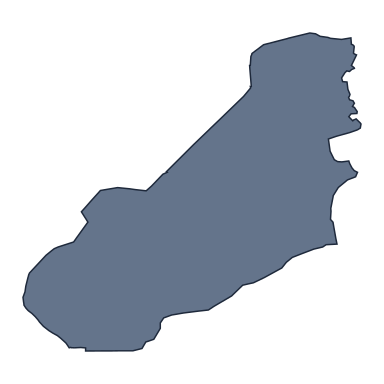 Fuamah, Bong, Liberia
{"feature_id": "62588387B99058243343156", "entity_name": "Fuamah", "entity_type": "district", "adm_level": 2, "iso_a3": "LBR", "parent_name": "Liberia", "parent_adm1": "Bong", "projection": "orthographic", "projection_center": [-10.257, 6.963], "detail": "fine", "context": "isolated", "style": "filled", "palette": "slate", "viewbox_px": 384, "rotation_deg": 0, "n_neighbors": 0, "source": "geoboundaries", "source_scale": "gbopen_adm2", "svg_char_len": 2763}
<svg xmlns="http://www.w3.org/2000/svg" viewBox="0 0 384 384"><path d="M249.6,65.4L249.9,69.4L251.3,86.5L250.9,86.7L250.4,86.6L250.5,86.9L250.5,88.1L243.6,96.4L219.2,120.0L210.6,128.2L209.0,129.8L193.7,144.5L169.5,168.6L166.4,171.7L167.2,172.3L162.9,174.2L151.5,186.1L146.2,190.8L145.0,190.7L135.3,189.6L129.6,188.8L117.6,187.6L106.2,189.5L100.4,190.5L99.8,191.2L95.2,196.3L90.5,201.5L89.3,202.9L86.5,206.1L82.0,211.1L81.4,211.8L84.8,217.2L85.4,218.1L87.9,222.1L76.3,238.2L75.9,238.8L73.7,241.9L73.6,242.0L58.1,247.0L54.2,248.7L51.5,250.8L46.0,255.3L29.5,273.0L28.7,274.8L28.5,275.6L28.3,276.5L28.0,277.4L25.8,286.2L25.0,291.8L23.0,297.3L23.6,302.2L23.8,303.2L24.0,305.2L26.0,308.2L28.1,310.5L29.2,311.4L31.9,313.4L35.3,316.7L37.1,318.8L38.1,320.0L39.5,322.0L43.4,326.3L48.9,330.6L53.0,333.2L57.4,335.6L60.4,338.0L64.4,341.6L66.0,343.1L67.2,344.8L69.2,347.8L70.8,347.4L71.3,347.7L74.6,347.8L80.9,347.5L81.8,347.6L85.6,347.9L85.6,351.0L104.0,350.9L111.4,350.9L118.9,350.8L132.4,350.8L132.9,350.8L142.0,348.5L145.8,342.0L149.2,340.9L149.7,340.7L153.8,339.3L160.0,328.9L160.3,328.3L160.3,327.5L160.3,322.9L160.9,322.1L163.7,317.9L167.3,316.6L171.7,315.0L175.9,314.3L183.4,313.0L198.5,311.1L202.2,310.7L208.4,310.0L212.8,307.1L213.2,306.8L214.5,306.0L231.7,295.9L233.3,294.3L242.7,285.2L248.3,283.9L253.4,282.8L255.5,281.8L264.4,277.5L278.3,269.9L281.8,268.0L286.3,262.3L288.3,260.7L292.3,257.4L301.5,253.8L307.8,251.4L309.4,250.8L313.8,249.1L322.7,247.0L326.1,244.7L337.0,244.1L335.8,238.3L335.6,237.1L333.9,227.5L333.0,222.2L330.5,219.4L331.0,211.2L330.8,208.4L333.0,197.2L333.1,196.7L333.2,195.7L338.3,187.5L341.2,185.1L347.5,179.9L355.6,176.8L357.5,172.3L354.2,170.6L351.9,167.8L349.7,163.6L348.8,161.0L341.8,161.9L337.6,161.6L334.3,159.7L332.3,155.7L330.1,151.2L328.4,139.0L336.0,136.4L338.4,135.7L349.6,132.6L356.5,130.2L357.7,129.7L359.1,128.8L360.3,128.1L361.0,124.0L360.7,123.6L360.3,123.0L356.1,118.9L354.6,119.6L353.7,119.9L352.8,120.8L350.6,118.6L348.8,116.7L351.1,113.8L356.9,113.5L357.2,111.6L356.9,111.1L355.3,108.8L354.5,107.5L352.5,106.5L354.4,103.2L354.1,102.8L353.0,100.8L349.6,99.8L349.2,98.9L348.9,98.1L348.7,97.7L348.6,97.3L349.4,96.3L350.0,94.4L347.9,89.3L347.4,85.2L347.0,82.0L345.9,81.9L344.4,81.8L342.6,81.6L341.6,77.9L345.0,72.6L345.9,71.8L346.7,70.9L349.4,71.5L349.6,71.4L351.7,69.5L351.9,69.4L354.4,68.4L354.2,67.8L353.4,67.1L351.4,65.5L354.9,58.3L356.2,55.6L356.5,54.9L355.1,54.3L354.3,53.9L353.5,53.2L353.8,50.4L354.2,46.9L354.1,46.1L352.8,44.8L351.4,44.3L350.9,37.9L341.7,39.4L340.3,39.3L331.3,38.4L331.2,38.4L330.4,38.3L327.9,37.4L320.1,36.3L315.6,33.8L309.8,33.0L288.4,38.2L287.3,38.6L263.6,44.7L252.2,53.3L251.9,53.6L251.9,54.1L250.9,56.5L250.3,65.3L249.9,65.3L249.6,65.4Z" fill="#64748b" stroke="#1e293b" stroke-width="1.5"/></svg>